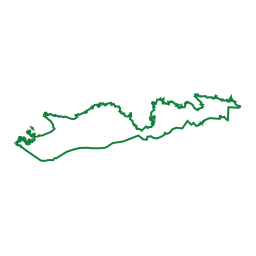 outline of Surigao del Sur, Surigao del Sur, Philippines, rotated 273°
{"feature_id": "2640588B11290582279728", "entity_name": "Surigao del Sur", "entity_type": "district", "adm_level": 2, "iso_a3": "PHL", "parent_name": "Philippines", "parent_adm1": "Surigao del Sur", "projection": "equal_earth", "projection_center": [126.233, 8.71], "detail": "fine", "context": "isolated", "style": "outline", "palette": "green", "viewbox_px": 256, "rotation_deg": 273, "n_neighbors": 0, "source": "geoboundaries", "source_scale": "gbopen_adm2", "svg_char_len": 5933}
<svg xmlns="http://www.w3.org/2000/svg" viewBox="0 0 256 256"><g transform="rotate(273 128 128)"><path d="M92.1,55.2L94.0,56.1L94.1,58.1L100.9,67.8L103.5,74.3L105.5,80.7L106.1,87.7L105.9,92.6L106.2,99.4L106.9,105.7L108.2,108.3L112.1,113.4L114.3,123.8L121.0,138.7L118.2,143.0L117.4,143.4L117.4,147.4L120.3,147.8L120.9,151.9L119.7,152.9L119.1,157.5L121.4,162.2L123.1,164.7L125.1,165.1L124.1,167.3L125.9,170.4L128.0,171.5L129.3,172.7L130.8,176.6L130.4,182.2L138.2,187.1L134.6,191.1L136.5,193.2L133.5,196.1L134.8,199.0L135.5,198.9L135.4,199.7L136.7,200.3L136.3,201.0L136.9,200.7L136.6,201.8L136.8,201.5L137.1,202.2L137.4,201.8L138.0,202.2L138.6,203.2L138.9,202.8L139.5,203.6L142.1,209.0L142.0,219.2L144.8,219.1L144.8,220.2L143.4,221.5L144.2,223.6L141.7,225.8L141.1,227.4L154.0,227.2L154.0,236.9L154.4,238.4L155.7,238.8L156.3,235.7L157.6,233.9L159.2,233.4L159.8,233.9L161.4,230.4L161.9,230.5L162.6,229.4L163.3,229.6L163.5,229.1L164.2,229.1L163.2,228.5L162.8,229.2L162.2,228.4L160.7,229.8L161.2,228.2L160.6,228.3L160.6,228.0L160.8,227.9L160.0,228.1L160.2,227.3L159.7,227.0L159.7,226.1L160.2,226.1L160.4,225.3L161.1,225.8L161.4,225.2L160.6,224.5L160.4,222.9L161.3,220.4L160.3,220.2L160.9,219.4L161.3,219.8L161.2,218.7L162.0,217.6L162.6,215.0L163.0,215.1L163.4,214.1L164.3,214.5L164.2,213.8L164.5,213.7L163.8,213.2L162.6,213.5L161.8,211.9L162.0,211.1L162.5,211.4L163.2,209.8L162.7,207.7L163.0,206.8L162.4,205.6L162.9,204.6L163.7,204.3L163.8,201.9L163.1,199.4L163.8,198.4L163.4,197.7L163.6,197.0L164.4,196.4L163.9,195.5L164.5,194.8L165.2,195.1L164.9,193.2L164.2,193.5L163.0,193.0L162.4,194.4L159.3,197.0L158.3,198.8L156.9,199.8L156.6,198.9L156.7,200.0L155.8,200.1L155.6,199.7L155.3,200.6L155.1,200.0L154.5,200.1L154.1,201.1L153.2,201.8L152.1,200.9L150.4,196.2L149.8,197.1L149.5,196.9L150.7,194.1L152.6,192.3L153.7,192.1L155.6,189.7L155.7,188.8L157.3,186.5L156.8,185.1L156.3,185.3L156.5,184.3L155.3,184.2L155.2,183.6L154.1,184.0L151.8,183.5L151.4,181.0L152.6,180.6L151.8,180.4L151.6,179.6L152.1,179.4L151.3,179.2L151.6,178.8L150.5,178.0L150.7,177.4L152.6,176.4L152.6,175.6L153.4,176.6L153.3,175.3L154.3,175.8L154.6,173.2L155.9,172.5L156.0,170.8L157.0,170.1L156.2,169.1L156.3,167.0L155.2,167.9L153.6,167.5L154.6,165.5L154.2,164.7L154.9,163.6L154.5,163.3L155.1,162.6L154.3,161.6L154.6,161.4L155.1,162.1L155.9,161.5L155.1,161.2L155.9,161.1L156.2,161.4L156.0,162.0L156.5,162.1L158.8,161.9L157.9,161.3L158.5,160.4L157.4,159.8L158.0,158.4L158.8,158.4L157.8,157.0L157.8,155.6L153.9,154.6L155.2,152.1L155.0,151.1L154.3,150.6L152.9,151.4L152.6,152.2L153.2,152.4L152.5,153.3L152.2,153.2L152.1,152.4L151.1,152.2L150.4,153.0L150.3,152.1L150.0,152.0L147.4,153.3L146.7,152.1L144.7,150.3L142.5,150.6L138.9,149.3L136.9,150.1L137.0,150.9L139.1,151.8L139.6,151.5L139.8,152.4L139.8,152.0L140.9,152.7L141.1,153.7L140.4,153.7L140.2,154.2L137.6,153.7L134.5,151.6L134.0,151.7L134.6,152.7L134.1,152.4L134.4,153.1L134.0,152.8L133.5,153.5L132.3,153.3L131.9,152.8L132.3,153.0L132.5,152.9L132.0,152.2L130.2,151.4L130.0,148.9L129.1,148.0L129.3,147.2L130.1,147.0L130.4,145.8L126.0,141.8L127.5,140.1L127.5,137.0L128.3,137.0L128.2,136.4L128.6,136.1L129.7,136.2L130.2,135.3L130.7,135.8L130.9,134.6L131.9,134.3L131.5,133.4L135.3,132.1L137.0,129.5L138.7,129.8L139.6,130.6L142.9,130.1L142.7,129.4L141.6,129.5L140.7,128.2L140.1,128.4L139.5,127.9L139.6,124.7L141.0,123.3L141.6,123.9L142.1,123.7L142.5,122.6L142.0,122.1L142.2,120.6L143.1,120.3L143.8,119.1L144.1,120.0L145.1,118.9L147.4,119.2L148.2,117.8L148.9,117.9L148.8,114.6L149.1,114.8L149.3,113.5L150.8,112.9L151.5,111.9L150.8,110.9L150.1,110.7L150.2,110.1L152.2,109.7L151.1,105.6L150.4,105.7L150.2,104.6L149.3,104.0L149.9,102.9L150.4,102.9L150.2,102.5L150.4,102.0L151.3,101.8L151.0,99.7L151.3,98.6L150.9,98.4L149.8,99.2L149.8,97.8L149.0,97.5L149.0,98.5L148.4,98.5L147.6,97.6L148.0,96.7L149.3,96.8L149.7,96.3L149.3,93.5L147.5,91.6L147.5,90.7L147.0,90.7L146.7,91.9L145.6,91.6L146.1,89.8L145.4,89.5L142.6,85.2L142.2,85.4L142.7,85.9L141.9,86.2L140.7,84.8L140.9,84.3L141.9,85.4L142.2,84.9L139.4,80.3L138.8,78.5L139.2,77.5L138.4,77.2L138.2,75.2L137.7,75.6L138.0,74.8L137.4,75.4L137.6,76.5L136.2,76.3L135.0,75.3L133.9,72.7L134.8,68.5L135.5,67.0L135.7,65.3L136.1,64.9L135.9,63.6L135.4,63.1L136.2,60.5L135.6,59.0L136.1,58.5L135.9,57.2L136.7,56.7L136.1,54.3L136.2,53.1L137.6,51.1L137.3,50.5L137.9,49.6L137.4,49.0L137.3,47.0L137.9,46.8L138.2,45.7L139.0,45.5L139.0,44.5L138.4,44.2L137.7,44.5L137.1,43.5L136.3,44.0L136.1,44.8L135.9,44.1L135.3,44.5L135.1,44.1L133.7,46.9L132.6,47.7L130.9,50.4L127.7,52.8L126.4,53.3L125.5,53.0L123.3,54.7L120.1,51.3L115.8,42.2L116.0,40.2L115.6,39.9L116.0,39.5L114.8,38.3L114.5,36.2L114.8,35.0L116.2,34.3L115.7,32.7L116.2,30.9L115.5,30.9L114.5,32.3L114.4,34.4L111.4,35.5L110.4,34.6L110.2,33.6L110.5,33.6L110.9,33.3L110.2,33.3L110.2,32.9L110.5,33.1L110.6,32.9L110.4,32.0L109.8,33.1L108.9,33.1L108.8,31.6L107.0,30.0L107.1,29.7L106.9,30.0L106.4,29.5L106.5,27.4L107.9,26.6L108.4,26.8L108.8,25.9L109.5,26.2L109.4,25.2L109.9,25.0L109.6,25.6L110.2,26.2L111.3,25.1L111.8,26.1L112.6,25.6L113.2,24.5L112.9,24.0L112.2,23.9L113.4,21.4L113.5,20.2L112.1,19.6L112.3,21.6L111.9,22.2L111.1,21.0L111.0,22.9L111.9,24.7L111.5,25.0L110.3,23.6L109.9,21.1L108.9,20.9L109.4,19.6L108.8,18.0L107.9,17.2L108.2,18.4L107.9,18.8L106.9,17.8L106.1,17.9L105.8,18.6L105.4,17.9L104.9,18.8L104.9,21.8L103.4,22.0L103.5,22.8L100.7,26.7L90.8,42.9L90.9,47.4L91.8,49.8L92.1,55.2ZM118.8,27.2L117.6,27.9L116.6,29.9L117.8,29.4L118.3,30.0L117.8,30.3L118.9,31.1L118.4,30.4L118.8,30.4L118.5,30.2L118.7,29.5L120.1,29.7L120.0,28.4L118.8,27.2ZM110.8,29.1L108.8,29.4L109.3,29.7L109.2,30.6L110.2,29.7L110.8,30.1L110.6,30.9L109.9,30.8L109.9,31.0L110.0,31.2L111.2,30.6L111.4,30.3L110.8,29.1ZM123.4,31.7L122.3,32.6L122.0,33.2L123.1,32.8L123.4,31.7ZM108.7,28.7L108.2,28.9L107.9,29.8L108.6,29.3L108.7,28.7ZM117.2,34.1L116.8,34.5L116.9,35.1L117.4,35.1L117.2,34.1ZM137.7,55.3L137.3,54.6L137.2,54.8L137.7,55.3Z" fill="none" stroke="#15803d" stroke-width="2"/></g></svg>